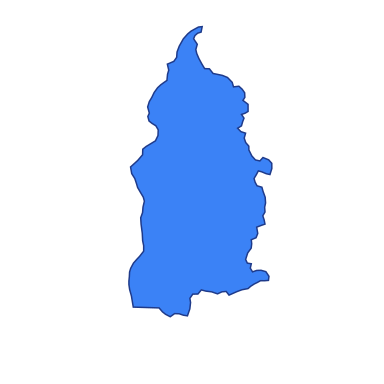 the district of Buriti de Goiás, Goiás, Brazil, rotated 316°
{"feature_id": "56859067B41653153753174", "entity_name": "Buriti de Goiás", "entity_type": "district", "adm_level": 2, "iso_a3": "BRA", "parent_name": "Brazil", "parent_adm1": "Goiás", "projection": "orthographic", "projection_center": [-50.442, -16.168], "detail": "fine", "context": "isolated", "style": "filled", "palette": "blue", "viewbox_px": 384, "rotation_deg": 316, "n_neighbors": 0, "source": "geoboundaries", "source_scale": "gbopen_adm2", "svg_char_len": 2122}
<svg xmlns="http://www.w3.org/2000/svg" viewBox="0 0 384 384"><g transform="rotate(316 192 192)"><path d="M314.2,80.1L311.2,77.8L306.8,76.6L303.0,75.6L298.8,75.3L292.2,75.8L284.2,78.2L278.5,80.9L274.5,84.5L269.7,85.4L263.1,82.9L259.9,88.2L256.2,90.3L251.5,94.3L244.3,93.2L239.7,93.1L234.0,94.1L228.9,96.0L224.1,97.3L219.2,100.0L216.1,105.6L212.7,107.0L210.4,111.1L210.9,114.9L212.0,119.3L210.9,123.8L206.7,127.8L201.2,129.8L190.7,127.4L186.3,127.0L182.3,130.9L174.8,131.6L165.2,131.3L161.4,136.9L160.2,142.6L157.8,147.6L156.0,151.0L154.5,157.1L153.4,161.8L151.4,165.5L146.3,168.8L142.1,172.5L137.2,174.9L133.0,179.8L127.6,187.1L122.7,192.7L119.9,197.1L116.1,201.0L109.6,201.9L105.4,202.1L100.5,202.5L94.9,204.3L91.5,206.2L88.1,209.4L84.8,212.2L82.3,214.8L79.4,218.8L76.2,224.7L69.8,234.0L87.8,252.5L87.5,257.7L88.0,261.5L89.7,266.6L95.0,267.4L98.2,270.7L100.2,274.6L102.7,277.9L109.2,274.6L114.2,270.5L116.6,267.0L121.6,266.0L125.4,269.5L130.7,268.9L133.1,272.9L136.8,277.5L139.6,283.0L144.2,284.6L147.5,287.3L147.0,291.9L155.2,294.9L160.0,297.0L165.2,300.4L168.9,300.6L172.9,301.4L176.3,302.5L179.7,303.4L182.4,306.1L185.6,308.7L188.8,306.1L189.8,300.6L187.3,296.3L184.1,293.4L180.1,291.5L181.0,287.3L184.8,284.8L182.4,281.6L183.7,277.8L189.8,274.5L195.6,273.5L199.0,270.7L201.5,267.5L206.3,269.4L210.5,267.5L214.1,262.2L218.3,264.0L222.2,265.8L224.5,262.2L226.4,258.3L230.6,257.1L233.7,253.4L237.3,251.0L241.0,246.6L243.5,241.0L245.6,237.1L243.1,232.7L244.2,228.8L246.0,225.4L250.4,224.2L254.4,222.9L256.2,226.0L258.1,230.4L260.2,233.6L265.7,230.6L269.3,226.8L269.5,222.1L267.0,216.5L262.4,216.8L259.9,213.0L260.1,207.6L262.1,201.3L264.7,198.5L265.0,193.7L267.0,189.5L271.4,186.9L269.1,182.5L269.1,177.8L273.5,178.8L277.3,176.6L280.7,175.0L281.5,170.6L284.9,172.2L288.3,173.0L293.2,167.9L292.3,161.5L295.8,160.6L298.8,157.2L299.5,152.9L299.2,148.5L294.9,145.2L297.1,141.0L297.1,134.3L294.9,129.3L292.0,125.0L289.5,121.4L290.1,115.5L286.8,112.0L288.1,106.4L289.7,100.7L291.6,95.7L293.7,92.2L298.4,89.4L299.6,82.9L302.8,81.5L306.4,81.7L309.6,83.3L314.2,80.1Z" fill="#3b82f6" stroke="#1e3a8a" stroke-width="1.5"/></g></svg>